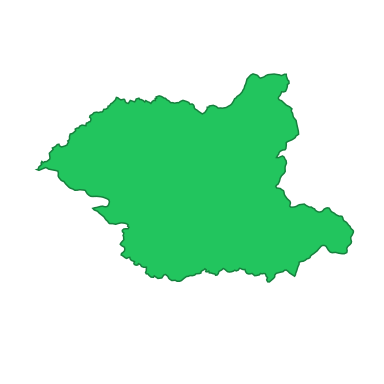 the district of Guarda-Mor, Minas Gerais, Brazil, rotated 69°
{"feature_id": "56859067B60921450270915", "entity_name": "Guarda-Mor", "entity_type": "district", "adm_level": 2, "iso_a3": "BRA", "parent_name": "Brazil", "parent_adm1": "Minas Gerais", "projection": "albers", "projection_center": [-47.118, -17.753], "detail": "fine", "context": "isolated", "style": "filled", "palette": "green", "viewbox_px": 384, "rotation_deg": 69, "n_neighbors": 0, "source": "geoboundaries", "source_scale": "gbopen_adm2", "svg_char_len": 5961}
<svg xmlns="http://www.w3.org/2000/svg" viewBox="0 0 384 384"><g transform="rotate(69 192 192)"><path d="M171.7,290.5L173.7,289.7L176.1,287.1L178.4,286.2L182.4,283.8L184.0,283.0L186.1,282.6L187.6,282.1L189.1,281.2L190.9,280.9L192.0,280.2L193.1,277.4L194.8,274.8L194.9,272.6L195.4,269.2L196.1,267.7L197.2,265.7L198.3,264.4L199.7,263.4L200.9,264.4L202.3,263.5L203.4,264.8L202.5,267.3L202.1,269.0L202.8,270.8L204.2,271.2L205.7,270.3L206.9,271.0L208.0,272.0L209.3,271.8L210.6,272.4L212.0,272.6L213.9,276.3L215.0,277.7L216.6,277.1L219.4,274.9L221.3,275.2L222.9,276.3L223.8,278.4L224.1,279.8L225.4,280.7L226.4,279.8L229.6,277.8L230.6,276.8L230.4,275.2L230.7,273.5L232.6,273.7L234.1,273.1L236.4,270.6L237.7,271.8L239.0,271.8L240.3,270.4L240.7,268.7L239.7,267.7L241.2,266.2L243.4,265.8L245.0,264.0L245.9,261.5L249.3,263.0L250.5,264.2L252.0,264.0L252.6,262.6L254.6,261.9L256.8,260.7L257.8,258.5L256.8,257.3L260.5,254.8L261.4,251.0L259.4,248.1L259.5,246.3L262.2,244.7L263.7,244.7L265.0,244.3L267.4,242.6L268.4,239.3L270.0,237.9L270.9,235.5L270.9,233.6L269.7,230.3L268.9,227.3L269.4,225.9L269.3,223.8L270.3,221.5L270.5,219.2L269.8,217.6L270.8,214.2L270.8,212.7L269.4,211.9L269.0,210.2L268.9,208.7L268.3,207.5L269.7,206.6L271.2,207.7L272.0,206.6L271.9,204.7L273.7,204.9L274.5,203.1L276.0,201.4L276.5,200.1L278.2,199.8L278.5,198.4L277.6,196.7L275.8,195.3L275.4,192.2L274.6,190.3L275.9,189.1L279.1,187.4L280.1,185.8L280.6,183.7L280.7,181.7L280.3,180.1L281.5,179.0L281.5,176.8L280.3,175.0L281.0,173.8L282.1,172.9L282.9,171.8L283.3,170.3L285.6,170.5L287.6,169.9L288.7,168.7L289.2,167.3L289.6,165.1L292.6,163.5L293.0,162.1L293.5,158.8L292.6,157.3L293.5,155.9L293.8,154.2L294.5,152.9L295.9,152.8L297.2,152.9L299.0,152.2L300.8,153.8L303.0,153.5L303.7,152.0L301.9,146.9L300.9,145.2L299.2,144.5L298.1,142.5L298.6,137.9L299.0,135.6L298.2,133.6L298.7,131.9L300.4,130.8L302.6,129.9L307.4,126.4L306.5,125.2L305.0,124.3L303.2,122.6L299.8,120.0L297.9,118.0L295.9,117.1L296.0,114.9L296.5,112.9L296.3,110.8L295.6,108.7L295.8,107.0L295.5,105.3L294.4,104.5L293.6,102.8L293.2,100.7L291.7,96.0L290.9,94.8L288.8,90.7L288.7,89.1L289.4,87.5L290.7,86.3L295.2,85.5L297.6,84.5L298.9,82.9L299.8,79.6L301.7,77.0L303.3,74.2L304.2,71.9L304.0,69.2L302.4,68.2L300.2,67.8L299.0,66.6L298.3,65.3L297.7,63.4L296.8,61.8L295.5,60.9L293.4,60.7L291.7,60.3L290.6,59.5L289.8,58.2L287.6,55.9L286.3,55.3L284.8,55.7L283.7,56.4L282.4,56.8L280.7,56.8L279.1,57.7L276.4,58.4L275.0,59.1L273.7,60.3L271.9,60.8L270.4,60.5L268.5,60.7L267.8,61.8L267.3,63.3L264.8,65.7L263.0,66.6L260.7,68.6L259.4,69.2L257.9,69.4L256.1,69.8L255.2,71.5L255.1,73.1L255.4,75.0L256.2,76.2L256.7,77.5L256.6,79.7L255.9,81.2L254.6,82.5L253.2,83.4L251.7,83.6L250.4,85.0L248.8,86.0L248.1,88.0L245.3,90.4L243.5,91.5L242.4,96.1L242.4,97.6L242.8,99.6L242.7,101.6L242.1,103.8L241.4,105.4L240.1,105.8L237.5,104.0L235.7,103.9L232.3,105.6L228.4,106.6L226.7,106.6L225.2,106.2L223.6,106.1L222.1,107.3L220.4,108.3L218.6,111.5L216.7,111.8L215.8,110.3L215.5,108.8L213.3,106.5L210.7,104.7L209.0,102.7L207.4,99.1L206.2,97.6L202.8,96.5L201.3,95.7L199.0,93.5L196.4,92.9L194.9,93.4L192.4,93.5L190.8,94.6L190.8,97.1L191.0,98.8L190.1,100.8L188.4,98.8L187.8,97.6L186.4,96.6L185.6,95.1L185.3,92.3L185.9,90.1L185.1,88.8L181.9,87.1L179.7,86.4L179.2,84.7L179.1,80.1L178.7,77.9L178.2,76.1L177.0,74.9L176.3,71.8L173.3,70.9L166.4,69.9L162.5,69.2L158.5,70.5L156.6,70.3L154.4,69.9L152.8,70.3L151.3,70.0L150.2,68.9L147.5,70.3L144.8,72.8L138.8,75.7L138.0,76.8L136.9,77.7L135.3,77.8L134.3,77.0L133.3,75.0L130.6,72.3L131.4,70.6L131.5,68.6L129.9,66.9L128.4,65.7L127.3,65.0L125.9,64.5L125.4,62.5L123.1,61.8L121.7,62.5L117.6,62.4L115.9,61.8L115.2,63.5L115.4,65.5L115.3,67.1L114.1,68.2L111.3,73.1L109.7,79.0L109.8,81.3L110.2,82.6L110.4,84.1L110.2,87.4L108.8,88.3L107.4,88.7L106.2,89.4L103.6,92.7L103.9,95.4L106.3,100.2L110.1,102.9L112.0,104.9L114.1,106.3L115.0,107.7L116.5,109.2L118.2,112.4L119.0,115.8L120.0,117.2L120.2,118.8L122.0,120.6L124.0,123.3L124.7,125.0L124.9,126.9L125.4,129.8L124.6,133.8L123.9,134.9L123.1,137.5L120.9,138.7L118.7,141.1L117.9,145.1L119.0,146.0L118.3,147.4L120.1,148.2L122.4,151.6L122.8,154.4L119.3,156.9L117.3,158.0L115.8,159.3L114.1,159.7L112.8,159.3L111.3,159.4L109.9,160.3L109.3,162.5L107.3,162.9L105.6,164.6L103.2,167.6L103.3,170.4L103.9,172.4L103.3,173.7L102.8,176.6L101.7,177.9L101.0,179.9L98.5,181.0L97.3,182.2L95.0,183.2L94.2,184.6L92.9,185.4L91.5,186.7L90.5,188.2L90.4,191.4L91.8,191.5L91.5,192.9L93.5,193.4L92.8,194.8L93.2,196.6L94.6,198.7L93.1,199.6L91.8,201.1L90.1,202.4L91.0,203.8L89.0,204.9L87.4,206.4L86.9,207.7L85.4,207.9L85.2,210.8L86.3,211.8L87.3,213.2L84.4,216.8L86.5,219.7L85.3,221.3L83.6,222.0L82.2,221.7L81.0,222.2L80.5,225.4L78.9,226.7L77.4,227.5L76.6,228.7L78.5,230.4L80.3,234.3L80.5,236.1L82.0,238.2L81.8,239.6L83.3,240.3L83.8,242.7L83.2,244.8L84.6,246.0L85.1,247.4L84.5,248.9L84.4,250.7L83.3,252.4L82.8,255.0L83.9,257.3L84.1,259.7L85.5,260.8L86.9,260.1L88.4,260.5L89.8,261.8L89.6,263.3L90.1,264.5L89.8,265.8L90.8,266.6L92.1,267.3L90.1,270.7L90.3,273.2L91.7,274.9L91.1,276.3L91.4,278.5L93.1,278.7L93.9,280.8L94.5,282.7L94.2,284.9L96.3,286.5L98.5,287.3L99.5,288.3L99.8,289.7L101.2,289.4L102.2,290.8L103.3,291.8L103.5,294.1L103.2,297.7L101.5,299.1L99.7,299.1L99.4,300.8L100.4,302.7L100.8,304.5L100.9,306.6L102.5,306.4L104.7,311.3L109.1,312.3L110.3,313.0L111.5,316.6L110.9,318.7L111.3,320.5L109.7,321.2L110.9,322.5L112.4,322.5L113.9,326.2L115.6,327.3L115.5,328.7L116.9,327.1L116.7,320.0L117.6,318.8L119.2,317.7L123.3,311.2L124.5,309.7L126.4,310.0L129.1,311.2L130.6,311.1L133.9,310.1L135.3,309.1L136.1,307.9L139.3,307.0L143.4,305.2L144.7,304.3L146.6,302.1L148.4,300.7L149.2,298.4L149.6,296.0L151.6,292.0L152.4,291.0L154.2,290.8L156.1,290.4L158.2,289.3L159.6,288.2L160.4,286.8L161.9,282.5L163.7,278.9L164.9,277.0L167.0,274.6L168.2,273.4L169.4,272.5L171.6,272.6L173.1,273.7L174.4,274.9L175.1,276.2L174.9,277.9L174.2,279.2L173.2,280.5L172.7,282.4L172.3,286.4L171.9,288.3L171.7,290.5Z" fill="#22c55e" stroke="#15803d" stroke-width="1.5"/></g></svg>